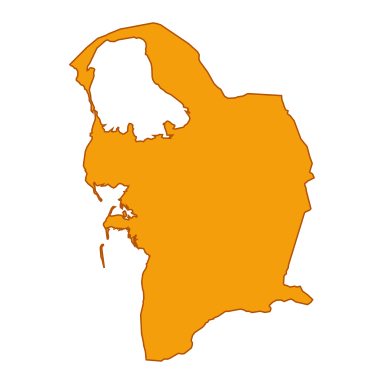 Balkan, Mercator projection
{"feature_id": "TKM-351", "entity_name": "Balkan", "entity_type": "Province", "adm_level": 1, "iso_a3": "TKM", "parent_name": "Turkmenistan", "parent_adm1": "", "projection": "mercator", "projection_center": [54.104, 39.835], "detail": "fine", "context": "isolated", "style": "filled", "palette": "amber", "viewbox_px": 384, "rotation_deg": 0, "n_neighbors": 0, "source": "natural_earth", "source_scale": "10m", "svg_char_len": 5953}
<svg xmlns="http://www.w3.org/2000/svg" viewBox="0 0 384 384"><path d="M153.0,23.0L156.9,23.6L160.7,24.9L188.7,43.8L197.5,51.8L199.2,54.8L198.9,58.6L199.7,61.3L207.4,71.8L214.0,83.6L217.4,87.1L220.7,89.4L224.4,96.1L227.0,97.8L228.6,98.3L235.1,97.9L238.1,96.8L242.9,96.1L247.5,93.8L249.3,93.7L281.5,95.6L281.9,99.7L285.1,108.9L285.9,110.0L288.0,110.8L287.5,113.1L287.7,114.0L290.1,115.7L294.1,120.8L300.9,139.1L307.0,146.5L309.9,157.3L312.2,163.4L309.6,172.1L312.6,174.1L314.1,177.8L307.9,181.0L304.8,183.6L304.8,185.2L305.8,187.4L306.4,191.4L310.9,208.7L309.6,210.1L305.1,212.1L304.4,213.1L288.6,264.6L288.2,267.7L286.3,271.3L286.3,273.9L284.5,275.2L284.0,276.1L283.5,283.8L284.5,285.1L286.5,285.4L290.2,287.1L294.5,286.2L297.0,287.0L300.2,286.3L302.5,291.1L308.2,295.3L312.7,299.7L310.8,302.3L307.5,304.6L295.8,301.9L291.6,299.1L289.1,299.5L284.1,301.5L281.2,300.0L276.4,300.2L272.8,302.1L269.6,305.1L269.2,306.0L270.6,307.6L270.9,308.8L270.2,311.0L269.4,311.6L265.0,312.4L260.2,311.2L252.0,312.5L249.0,311.3L246.4,311.3L243.6,309.8L240.4,309.1L228.6,311.3L225.4,311.4L218.1,316.3L214.1,317.8L213.6,318.9L209.0,320.0L207.6,322.2L205.7,322.9L205.0,324.5L202.6,327.2L194.8,332.5L192.6,335.3L191.3,339.7L191.3,341.0L192.4,342.8L192.2,345.3L191.3,348.0L184.4,353.5L182.5,353.9L178.2,353.4L169.4,358.5L167.6,359.1L164.1,359.0L161.3,361.0L146.2,359.8L145.4,351.6L143.7,345.2L143.4,342.3L141.6,333.6L140.7,314.8L143.3,303.3L143.1,301.6L143.7,299.5L143.8,296.7L143.5,291.8L142.6,289.1L141.7,282.3L142.7,274.4L143.5,272.2L146.0,268.3L146.8,265.9L146.3,263.9L147.1,263.3L149.7,256.5L149.2,256.7L149.1,255.3L148.4,254.6L146.6,253.9L146.3,253.1L145.3,252.6L143.9,249.0L143.4,248.6L139.6,248.1L138.6,248.8L137.6,247.3L136.2,243.5L135.7,244.0L136.8,247.1L135.2,245.7L134.8,244.5L135.4,242.6L135.0,240.8L136.8,239.4L135.2,239.3L135.2,237.9L136.4,234.8L133.1,237.6L133.8,238.0L134.3,245.4L131.8,241.7L131.2,238.2L130.0,238.0L130.4,235.2L129.9,234.8L128.3,238.0L128.3,234.5L129.3,230.7L127.9,232.1L129.0,228.9L127.6,229.4L128.1,227.9L128.0,227.4L126.5,228.9L126.1,228.4L123.3,228.9L122.3,229.7L121.9,229.7L121.9,228.4L121.6,228.4L120.6,229.7L119.1,230.2L119.8,228.4L118.3,228.4L117.6,228.9L116.9,228.0L114.1,228.9L114.3,227.7L111.3,226.6L106.7,228.0L109.2,229.4L108.2,230.8L107.8,232.8L108.5,236.7L108.3,238.3L107.8,239.1L107.3,239.0L106.0,229.5L103.6,225.4L103.4,224.2L103.9,222.9L105.8,220.9L106.5,218.6L108.2,216.5L111.5,208.4L113.2,206.5L115.2,206.9L113.3,208.2L111.8,210.3L111.1,212.8L109.9,214.2L110.2,215.9L112.1,216.1L117.7,215.0L121.0,215.2L122.0,215.5L123.7,218.3L124.4,218.9L128.3,219.7L128.8,219.7L129.0,219.0L128.8,217.9L127.9,217.4L128.6,215.7L130.7,217.9L131.7,217.9L133.2,216.4L134.3,216.1L136.4,217.0L137.0,216.4L136.8,215.7L135.7,214.7L132.4,213.7L131.5,212.8L132.8,212.1L132.4,210.3L131.0,209.5L128.5,209.8L128.1,207.3L126.5,205.5L126.8,208.7L123.3,204.4L121.9,204.1L122.6,206.0L121.2,205.1L121.2,206.3L122.2,207.6L122.3,208.7L120.5,207.5L120.3,205.1L121.2,200.0L119.3,200.3L118.7,199.5L120.4,198.6L124.8,193.0L124.0,191.7L126.7,191.0L126.1,189.9L128.3,187.4L128.6,186.1L127.9,186.6L127.0,185.7L124.4,185.7L121.6,183.8L119.7,183.5L118.0,184.3L115.8,186.8L113.6,188.0L111.2,186.8L107.9,184.2L105.5,185.7L101.7,186.1L103.2,184.3L97.7,185.7L96.1,185.2L94.5,182.5L93.6,183.4L93.6,184.1L94.8,186.4L95.4,191.0L97.7,194.0L99.6,197.6L101.7,199.5L101.7,200.0L99.3,198.6L101.4,200.9L101.0,201.3L99.4,199.7L97.2,195.2L96.5,194.3L94.7,193.5L94.1,192.4L93.4,188.4L93.0,187.7L88.0,183.7L85.5,180.4L85.9,177.4L87.0,173.6L85.1,170.4L85.7,169.8L84.4,168.1L83.4,165.5L85.4,151.2L87.2,146.7L91.9,139.4L92.2,136.9L90.1,135.8L90.6,133.9L90.3,133.4L92.2,132.8L91.8,130.4L93.1,125.3L95.0,120.1L95.4,117.7L94.7,110.2L97.0,111.9L97.2,112.7L96.8,115.0L97.3,116.3L99.6,119.2L101.0,123.9L102.8,125.3L105.3,124.8L104.5,125.7L102.3,126.7L102.6,127.8L104.2,129.5L104.5,131.5L105.1,131.8L108.4,131.9L112.7,128.6L111.6,131.4L112.2,131.8L116.1,131.4L116.5,131.0L116.8,128.8L118.1,127.3L118.7,127.6L118.3,129.9L119.6,132.3L122.8,134.0L123.9,134.0L127.6,131.5L128.0,126.1L129.3,123.5L131.2,123.8L132.9,125.3L132.5,126.7L132.8,128.1L133.6,129.0L132.5,130.9L133.9,134.8L134.7,136.0L136.1,136.7L136.4,137.4L135.4,139.9L136.2,141.6L140.5,141.1L143.5,141.6L145.2,139.7L147.9,138.3L151.2,139.4L155.2,137.8L155.5,136.7L153.4,135.5L157.9,135.4L159.4,134.5L162.6,134.6L161.8,137.2L163.7,138.1L171.5,138.3L169.3,137.4L170.0,136.5L172.0,136.0L172.8,135.1L167.0,135.1L166.3,131.8L164.5,127.0L164.7,124.8L163.4,124.6L163.5,123.5L164.7,123.4L166.8,121.3L167.7,121.1L169.2,121.7L172.4,124.3L174.7,125.2L174.8,126.2L173.2,128.6L175.1,129.1L183.7,127.1L184.6,125.5L187.2,123.9L189.2,120.7L189.9,118.5L189.2,116.4L185.6,111.2L188.0,112.0L190.2,113.5L187.8,110.6L187.8,109.8L188.4,109.3L187.6,108.2L183.5,107.0L183.4,104.9L181.6,102.9L171.3,94.9L165.8,92.2L163.9,90.3L160.5,88.1L158.1,84.5L156.2,84.1L154.4,82.5L152.7,79.3L152.2,76.9L151.9,68.2L151.1,63.4L147.1,55.1L145.6,54.5L145.4,53.7L146.0,51.7L145.6,49.0L146.3,46.6L145.8,42.7L143.7,40.0L141.2,38.5L138.6,37.6L136.4,38.3L134.2,37.1L118.3,39.8L114.3,41.6L110.3,41.4L107.4,39.9L105.3,40.8L96.9,48.2L89.7,63.4L87.7,66.1L87.1,69.6L87.2,70.6L87.8,70.5L90.2,67.8L92.8,68.1L94.0,68.6L94.7,69.7L93.6,72.8L94.0,75.6L93.7,77.2L90.3,86.0L89.3,90.0L90.6,95.3L90.9,99.6L94.3,107.7L94.0,109.1L92.9,111.1L92.9,112.6L91.1,110.7L91.3,104.9L90.4,102.3L89.3,100.9L89.3,98.1L88.1,93.4L87.5,92.8L86.6,90.2L84.7,89.0L84.3,86.8L83.1,85.5L80.7,84.6L78.9,82.2L76.4,80.4L76.3,78.7L77.7,76.0L77.9,71.7L76.3,68.7L74.7,68.5L73.9,67.4L72.3,66.1L70.6,65.5L69.9,64.5L86.8,47.5L97.9,38.3L105.9,35.4L108.9,33.7L120.3,29.1L153.0,23.0ZM100.5,246.8L101.9,244.6L103.2,244.4L103.4,244.8L103.5,245.4L102.0,246.4L101.8,249.1L104.2,267.2L103.9,267.2L102.2,259.9L101.0,257.1L100.3,248.3L100.5,246.8ZM123.2,211.9L124.4,211.0L125.0,211.8L125.5,211.5L125.8,213.3L126.8,214.9L126.6,215.7L125.1,217.0L124.4,217.0L122.9,212.6L123.2,211.9Z" fill="#f59e0b" stroke="#b45309" stroke-width="1.5"/></svg>